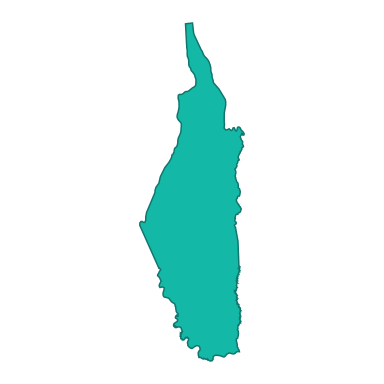 Olaya Herrera (Bocas De Satinga), Nariño, Colombia
{"feature_id": "7082276B29400931083820", "entity_name": "Olaya Herrera (Bocas De Satinga)", "entity_type": "district", "adm_level": 2, "iso_a3": "COL", "parent_name": "Colombia", "parent_adm1": "Nariño", "projection": "natural_earth1", "projection_center": [-78.261, 2.338], "detail": "fine", "context": "isolated", "style": "filled", "palette": "teal", "viewbox_px": 384, "rotation_deg": 0, "n_neighbors": 0, "source": "geoboundaries", "source_scale": "gbopen_adm2", "svg_char_len": 6053}
<svg xmlns="http://www.w3.org/2000/svg" viewBox="0 0 384 384"><path d="M239.4,351.7L238.9,349.8L238.1,348.7L237.9,347.8L237.3,347.0L237.2,343.9L236.7,343.0L236.8,342.2L236.2,340.8L236.4,340.1L236.2,339.5L236.7,338.6L237.5,338.4L238.4,335.0L238.3,333.9L238.5,333.5L238.3,331.5L238.0,330.5L237.4,329.8L238.0,328.7L237.8,327.8L237.9,325.6L238.3,325.6L238.4,325.2L238.7,325.2L238.7,324.6L239.0,324.6L239.2,323.8L239.9,323.4L239.8,322.4L240.4,322.6L240.2,322.0L240.6,321.9L240.6,321.3L240.8,321.2L239.5,319.4L239.9,318.4L239.6,318.5L239.6,317.8L239.9,318.0L239.8,317.6L240.3,317.6L239.9,316.9L240.3,316.0L240.5,316.0L240.3,315.7L240.5,315.2L239.9,314.5L239.8,314.1L240.0,313.9L239.7,313.4L240.1,313.0L239.9,312.5L240.3,311.5L240.5,311.5L240.2,310.4L240.6,310.4L240.3,310.1L240.4,308.6L240.0,308.6L240.0,307.7L238.9,307.2L239.1,306.9L238.9,306.8L238.8,306.2L239.0,306.0L238.8,305.7L238.6,306.0L238.6,305.1L238.2,304.7L238.6,304.4L238.0,304.1L237.7,303.4L237.3,303.7L237.4,303.1L236.9,302.9L237.2,302.0L236.7,301.3L236.7,300.3L237.3,299.3L236.7,299.5L237.1,299.0L237.0,298.1L236.8,298.0L237.1,297.4L236.7,297.0L236.5,296.4L236.9,296.2L236.8,295.8L237.3,295.3L236.3,294.4L236.3,293.9L236.1,293.5L235.7,293.4L235.5,292.2L235.2,292.6L235.1,291.9L234.6,291.7L235.0,291.2L234.8,290.8L235.5,291.1L235.6,290.6L236.1,291.1L235.9,290.6L236.2,290.6L236.5,288.7L236.4,288.2L236.8,288.2L236.9,287.5L237.2,287.4L236.7,286.8L236.5,285.6L236.7,285.4L236.6,285.0L236.8,283.4L237.0,283.0L237.4,283.0L236.9,282.6L236.5,281.5L237.0,281.6L236.9,280.8L237.2,280.7L236.7,280.2L237.1,279.9L237.5,280.2L237.3,279.0L237.5,278.8L237.0,278.7L237.3,278.1L236.7,278.2L236.9,277.6L236.8,277.3L237.3,277.3L237.7,276.7L237.5,276.0L237.9,276.0L237.7,275.3L238.2,274.9L238.2,274.3L238.9,274.4L238.5,273.1L239.0,272.5L239.1,271.4L239.6,271.5L239.3,270.8L239.4,270.2L239.7,270.2L239.0,269.3L239.5,269.5L239.4,269.0L239.8,268.0L239.5,267.5L239.6,267.0L239.9,266.8L239.2,266.1L239.4,265.5L238.9,266.2L238.0,241.5L235.8,229.2L235.5,228.7L235.7,227.9L234.4,225.6L234.7,224.8L236.0,223.9L236.3,223.2L235.8,222.5L236.0,222.2L235.0,221.2L234.7,220.2L235.4,218.7L234.9,217.7L235.4,217.0L235.3,216.3L235.8,214.9L236.5,214.3L237.8,214.3L238.1,213.2L239.1,212.8L240.4,211.8L241.2,208.8L240.2,206.8L239.3,206.2L239.0,205.0L237.1,202.6L236.5,200.9L236.4,199.7L236.6,198.9L237.4,198.1L237.6,196.5L238.0,196.2L239.2,196.1L239.7,195.3L240.3,191.7L239.5,188.8L238.2,187.6L238.4,185.8L237.9,183.0L236.9,182.1L235.6,178.3L235.7,177.5L235.1,176.6L235.9,172.4L235.6,170.7L234.8,169.1L235.9,168.1L236.6,167.0L237.0,165.8L236.7,165.1L236.8,163.9L237.7,162.7L237.7,161.1L239.3,159.9L238.1,157.7L238.3,156.1L239.1,154.8L239.3,153.8L240.2,152.9L240.1,151.8L240.9,151.2L241.6,149.8L241.9,149.1L241.7,148.0L243.2,146.9L243.5,146.3L243.1,145.2L242.2,144.1L242.6,143.1L242.6,141.4L241.2,139.9L241.0,138.6L240.3,137.3L240.3,136.5L241.2,135.0L241.7,133.3L242.2,133.6L242.6,134.8L243.0,135.2L244.0,134.8L244.2,133.8L242.7,131.4L240.8,129.7L240.5,128.4L240.0,127.7L238.9,127.0L238.0,127.1L237.5,127.5L236.9,130.2L236.3,131.0L235.5,130.7L234.5,128.2L234.1,127.7L233.0,128.0L232.5,129.6L231.5,130.5L231.0,130.4L229.1,128.8L227.0,129.9L225.5,129.8L224.1,128.1L224.5,124.4L224.2,121.7L224.3,112.9L225.7,105.2L225.7,101.5L225.1,99.2L218.9,89.0L213.4,82.7L213.1,80.3L212.1,77.6L212.0,74.5L210.9,71.4L210.7,67.4L210.0,64.6L208.6,61.0L206.5,58.2L204.9,56.7L203.5,54.7L202.1,51.1L201.2,49.9L194.0,34.5L193.6,32.7L192.5,23.0L185.5,23.8L186.8,47.8L187.2,50.2L187.2,54.7L187.4,56.4L188.3,58.4L188.7,60.4L188.8,65.1L189.5,66.9L190.6,68.1L191.1,70.4L193.9,73.7L194.7,75.3L195.1,77.0L196.0,79.6L195.8,84.8L195.0,86.3L192.3,88.0L188.2,91.3L185.2,91.7L182.6,94.0L181.5,94.4L179.4,94.4L178.3,95.3L178.1,98.1L179.0,101.8L179.1,107.1L178.4,110.9L177.2,115.0L177.1,117.4L178.2,119.7L181.1,123.0L181.3,123.6L181.3,126.0L180.9,131.4L180.3,133.7L178.3,138.1L177.8,140.6L177.8,142.7L177.2,145.6L176.1,147.2L175.0,147.9L174.4,149.1L174.0,152.2L173.5,152.9L173.4,153.9L172.3,154.4L171.9,155.4L171.7,157.0L170.8,159.1L168.7,162.7L164.9,167.5L160.4,176.6L158.8,183.4L156.0,187.2L155.1,190.1L154.9,192.7L146.6,212.4L145.7,217.1L145.8,219.6L145.6,220.6L144.7,222.4L143.7,222.4L142.0,221.4L141.0,221.5L139.9,222.8L139.8,225.4L158.9,268.2L159.2,268.0L159.6,268.7L160.7,269.3L160.7,269.8L159.2,271.8L158.7,273.3L157.7,274.5L157.6,275.7L159.3,277.3L161.1,281.0L159.3,284.8L159.2,285.9L159.6,287.0L160.0,287.5L162.4,286.9L164.1,287.8L164.2,288.9L163.0,293.3L163.2,295.7L164.2,297.0L168.6,298.1L171.7,302.0L174.5,303.7L175.2,304.9L175.1,306.1L175.8,307.0L175.7,307.9L176.3,311.7L177.3,313.1L178.0,313.6L178.2,314.7L177.8,316.4L177.0,316.2L176.7,315.2L175.8,316.1L175.3,317.6L175.5,318.0L176.9,318.8L177.6,319.5L177.4,320.0L177.6,320.5L177.3,321.4L174.2,323.4L173.6,324.4L173.6,325.7L173.9,326.4L175.4,327.6L175.7,327.5L175.5,326.5L176.2,327.3L176.4,326.9L177.1,327.3L178.2,326.9L179.7,326.9L181.3,328.1L181.4,329.2L182.4,331.2L181.9,331.4L182.0,332.4L181.4,332.6L181.7,333.0L181.6,333.5L180.8,333.1L181.1,333.9L180.3,334.0L180.8,335.6L180.3,335.5L180.1,336.3L180.5,336.6L180.9,336.0L181.1,336.2L180.7,337.3L180.8,338.6L181.5,338.7L181.7,339.1L182.1,339.1L182.3,339.8L182.7,339.3L183.7,340.0L184.9,338.8L185.1,338.0L185.6,338.0L186.0,337.4L186.5,337.8L187.2,337.3L187.4,337.9L187.8,337.8L188.1,338.3L188.6,338.4L188.5,340.0L187.8,341.4L187.4,342.8L187.8,344.3L187.8,345.3L188.1,345.9L189.1,347.0L189.9,347.7L190.5,347.7L190.9,348.2L191.4,348.1L191.8,348.5L192.2,348.4L194.8,346.5L196.4,345.7L198.3,345.8L199.3,346.4L200.0,348.1L200.0,350.2L199.3,350.6L198.3,352.3L198.2,353.0L198.4,355.8L199.0,356.5L198.9,357.4L199.5,357.5L200.2,357.3L202.4,358.7L203.6,359.0L203.7,358.3L206.3,359.4L207.1,358.8L207.7,359.9L207.9,359.7L207.9,358.9L208.4,360.0L209.5,360.8L211.0,361.0L211.4,360.6L212.1,360.7L213.1,359.3L213.0,358.1L213.4,356.6L214.0,355.9L214.7,355.5L216.3,355.2L219.8,355.6L223.5,356.9L224.2,356.9L225.4,356.0L226.9,354.1L229.4,352.9L232.2,353.8L233.9,353.9L235.2,353.3L235.8,352.5L237.2,351.6L239.4,351.7Z" fill="#14b8a6" stroke="#0f766e" stroke-width="1.5"/></svg>